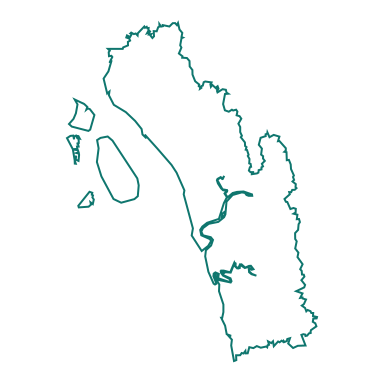 outline of Chittagong, Chittagong, Bangladesh
{"feature_id": "16705992B94200136889214", "entity_name": "Chittagong", "entity_type": "district", "adm_level": 2, "iso_a3": "BGD", "parent_name": "Bangladesh", "parent_adm1": "Chittagong", "projection": "albers", "projection_center": [91.95, 22.424], "detail": "fine", "context": "isolated", "style": "outline", "palette": "teal", "viewbox_px": 384, "rotation_deg": 0, "n_neighbors": 0, "source": "geoboundaries", "source_scale": "gbopen_adm2", "svg_char_len": 5957}
<svg xmlns="http://www.w3.org/2000/svg" viewBox="0 0 384 384"><path d="M297.4,214.7L293.6,213.7L295.6,212.5L295.8,208.8L293.5,208.0L290.4,209.0L287.3,202.0L285.9,201.8L284.5,199.0L289.8,194.3L289.2,192.1L291.2,192.2L292.2,189.9L294.7,189.8L296.5,188.1L295.5,187.1L295.8,184.1L292.5,181.5L294.1,179.9L293.0,177.0L293.9,175.5L291.0,169.0L290.7,164.4L288.9,159.9L286.8,160.2L286.5,152.2L284.4,151.8L285.8,150.5L285.8,148.2L279.4,141.0L278.0,141.2L279.4,136.6L273.7,134.9L269.5,137.2L267.4,132.4L267.2,133.7L265.6,134.3L265.7,136.1L260.6,137.8L258.8,144.8L261.9,148.6L261.1,154.6L263.1,156.2L263.0,158.5L264.8,160.9L261.9,163.8L263.0,166.4L261.5,167.3L261.5,169.4L258.7,170.1L258.4,172.6L257.0,173.4L251.8,174.2L251.9,172.5L254.1,172.1L250.4,172.1L248.9,170.6L249.9,167.2L251.1,166.8L250.6,163.9L249.2,163.4L249.5,159.0L247.8,155.9L248.6,154.8L247.0,150.0L245.7,149.7L246.5,147.1L245.1,146.0L244.9,142.4L240.8,137.2L241.9,135.8L240.2,132.1L240.2,127.0L238.4,123.7L241.3,118.7L239.6,116.2L236.6,115.3L237.4,111.6L236.1,109.7L233.1,110.5L231.9,109.7L228.8,111.7L224.9,110.3L223.1,104.1L225.0,94.0L228.2,93.7L226.5,92.6L225.9,89.8L222.6,89.2L217.5,92.4L217.0,90.9L218.5,88.7L217.6,86.2L216.0,87.4L216.3,88.6L212.3,84.9L210.9,86.8L210.4,84.2L211.5,82.4L205.2,81.5L203.7,82.2L202.8,85.6L201.2,86.2L201.4,87.9L200.0,88.8L200.3,87.4L198.7,86.1L199.2,84.5L195.2,81.3L192.5,74.6L192.4,70.0L189.7,66.5L189.5,61.0L186.9,58.0L182.2,57.7L182.5,56.3L178.9,53.5L181.4,47.6L180.2,45.3L181.5,38.2L182.9,37.6L181.5,37.0L182.3,32.9L179.5,29.5L178.0,23.0L176.9,25.1L175.1,23.1L172.7,23.2L169.4,26.5L162.8,25.1L162.9,26.2L161.1,26.6L159.4,24.1L159.5,26.6L158.2,27.2L156.7,31.3L153.7,31.1L154.0,36.3L152.4,38.0L150.4,35.5L151.3,34.1L148.8,34.5L149.4,32.5L147.0,33.3L148.3,30.9L150.7,32.1L148.4,29.9L148.6,28.0L147.3,28.2L146.7,26.8L145.0,27.8L144.3,26.5L137.8,33.3L137.6,35.5L135.7,33.5L133.9,34.1L131.2,32.6L130.4,33.4L131.8,33.9L130.1,37.0L127.0,35.4L126.3,37.5L129.2,38.5L130.1,40.6L127.9,41.9L128.0,45.4L123.2,47.4L122.7,48.9L108.0,48.9L109.8,50.7L108.7,52.2L109.0,56.2L111.4,55.8L112.3,57.0L109.8,62.0L109.8,62.9L110.5,60.7L111.4,61.1L108.4,71.4L103.6,78.6L107.2,93.5L109.4,91.6L108.9,95.2L113.8,104.8L125.8,112.1L135.1,120.9L141.6,129.0L142.5,134.5L146.4,138.3L144.8,134.6L157.3,148.5L171.5,164.9L176.6,172.7L184.4,190.4L183.7,194.3L192.9,228.4L191.7,235.5L201.7,251.0L208.2,245.9L211.1,241.0L209.9,239.1L201.3,235.3L200.2,229.9L202.3,226.6L207.1,222.8L218.9,218.9L223.9,203.1L226.9,197.2L224.5,193.5L226.7,190.8L223.0,190.2L221.1,188.4L217.9,183.4L216.9,180.2L217.5,178.9L220.7,177.1L222.5,178.7L224.2,175.9L222.8,178.9L222.2,179.0L220.4,177.5L217.3,180.0L222.5,189.3L227.0,190.1L227.1,191.5L225.1,193.7L227.6,197.3L232.7,193.0L237.0,191.9L243.6,191.5L252.0,194.4L252.2,195.8L248.6,195.8L246.5,195.0L244.9,192.9L241.8,192.4L232.6,195.0L226.5,201.7L225.4,214.4L224.1,217.2L218.3,221.9L208.8,223.8L203.0,228.1L201.3,231.6L203.0,235.3L210.8,237.2L213.0,239.9L211.1,245.5L205.9,250.3L205.2,256.4L208.4,271.8L213.6,283.6L215.0,284.5L216.4,283.7L213.4,276.1L213.7,273.6L215.4,272.4L218.8,273.9L218.1,278.2L228.4,281.6L230.7,281.1L229.8,279.1L223.0,275.6L221.0,272.8L220.7,271.1L221.2,270.6L223.7,270.6L230.2,272.3L234.3,262.6L235.6,263.4L235.6,266.5L238.3,268.2L240.0,264.4L241.5,264.3L245.2,267.6L249.0,265.9L250.9,265.8L253.5,269.2L251.6,269.8L249.4,268.9L249.1,271.2L251.8,273.8L256.4,275.7L251.5,274.2L249.1,272.2L248.8,269.0L250.2,268.6L251.8,269.2L252.8,268.7L251.0,266.2L244.8,268.0L240.1,264.8L239.7,268.1L237.2,268.4L235.0,266.3L234.4,263.3L230.7,272.6L225.3,272.2L223.0,273.8L223.6,275.3L230.5,278.3L231.5,281.2L230.7,282.5L218.4,279.9L216.7,277.4L217.5,273.7L214.8,273.8L215.4,277.7L219.3,284.5L219.0,291.2L223.4,304.5L223.4,312.1L222.2,317.8L221.2,317.8L225.1,325.7L226.7,334.2L231.1,335.8L228.7,336.1L231.9,339.7L231.2,345.5L234.0,361.0L236.3,360.1L236.1,355.3L240.2,355.2L241.7,353.0L243.5,353.5L245.4,350.9L245.7,353.4L247.7,353.3L249.3,347.2L253.4,348.1L256.8,346.1L260.8,347.7L266.3,346.5L267.2,347.3L267.7,345.2L269.0,344.8L268.1,341.4L271.3,343.1L273.0,341.3L273.8,346.2L278.1,341.5L279.6,342.3L281.6,340.7L283.3,341.9L283.6,340.9L284.6,342.0L286.8,341.0L287.3,339.0L290.0,338.2L288.2,343.5L293.1,348.0L297.8,345.8L305.5,345.5L301.4,334.9L303.3,334.2L305.3,334.6L305.5,336.0L307.2,335.6L308.9,333.4L311.5,332.8L310.3,332.6L311.0,330.1L316.4,326.3L315.3,323.3L312.8,321.8L313.3,318.6L316.6,318.4L317.0,317.0L313.0,316.1L313.2,313.0L311.3,313.0L310.5,311.2L307.6,310.0L306.3,311.3L305.1,308.0L301.8,305.6L303.9,304.1L306.0,299.5L302.7,298.5L302.5,297.5L300.2,297.9L302.5,293.4L296.2,291.2L304.2,287.4L305.1,284.9L301.4,280.2L304.4,276.6L303.8,274.7L302.0,274.5L301.7,270.9L300.2,269.2L302.6,264.2L297.5,257.1L298.4,252.6L295.2,248.5L296.7,241.3L295.2,239.0L295.1,233.1L298.1,229.9L298.6,224.2L299.9,222.1L299.0,219.0L296.8,219.2L297.4,214.7ZM121.2,202.7L134.4,199.1L137.8,196.2L138.7,185.3L137.3,178.4L112.5,140.6L107.7,136.5L100.5,137.9L97.1,140.1L98.6,148.3L96.9,162.0L101.4,176.4L113.5,199.0L121.2,202.7ZM69.0,124.0L71.8,126.6L88.4,130.9L90.2,129.6L94.4,115.0L89.9,109.2L87.8,108.4L86.4,109.6L87.3,106.9L84.2,104.0L74.7,99.5L77.5,104.4L75.9,113.3L73.5,118.9L69.0,124.0ZM92.3,192.8L89.5,191.8L78.3,205.8L78.8,207.4L88.6,206.7L91.0,204.6L90.5,202.3L92.8,204.1L93.8,199.5L92.4,197.4L93.0,195.4L91.8,194.7L92.3,192.8ZM72.8,149.2L77.4,148.9L77.0,146.5L78.6,146.5L78.0,143.9L76.7,143.6L78.8,143.0L78.6,139.0L77.3,138.2L76.0,135.6L74.2,136.5L74.0,139.3L73.3,135.6L70.4,135.9L67.0,138.1L72.8,149.2ZM74.6,159.9L76.2,155.7L75.7,159.6L78.5,160.9L79.1,154.9L78.9,153.6L76.5,153.0L78.6,152.3L77.9,150.2L72.9,149.5L74.6,159.9ZM221.3,219.1L224.9,214.9L224.8,211.7L222.6,213.4L221.3,219.1ZM222.1,273.5L223.5,271.1L221.3,270.8L221.2,272.6L222.1,273.5ZM249.9,195.1L248.0,193.7L245.8,193.3L247.4,194.9L249.9,195.1ZM79.7,138.5L78.4,136.1L77.7,136.0L77.5,137.8L79.7,138.5ZM74.8,163.6L75.8,163.7L74.9,161.1L74.7,161.1L74.8,163.6Z" fill="none" stroke="#0f766e" stroke-width="2"/></svg>